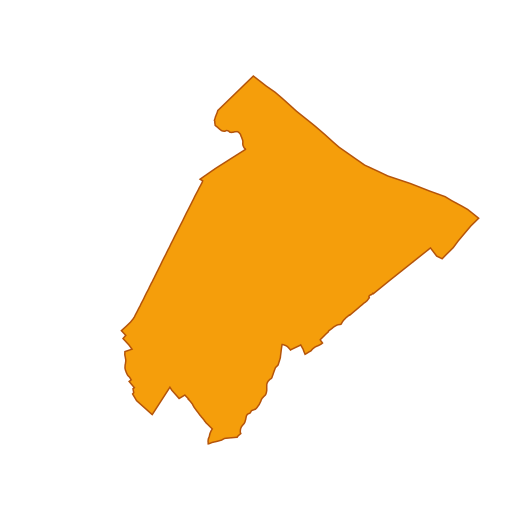 outline of Sabanagrande, Atlántico, Colombia, rotated 316°
{"feature_id": "7082276B21965352685989", "entity_name": "Sabanagrande", "entity_type": "district", "adm_level": 2, "iso_a3": "COL", "parent_name": "Colombia", "parent_adm1": "Atlántico", "projection": "orthographic", "projection_center": [-74.78, 10.803], "detail": "fine", "context": "isolated", "style": "filled", "palette": "amber", "viewbox_px": 512, "rotation_deg": 316, "n_neighbors": 0, "source": "geoboundaries", "source_scale": "gbopen_adm2", "svg_char_len": 6065}
<svg xmlns="http://www.w3.org/2000/svg" viewBox="0 0 512 512"><g transform="rotate(316 256 256)"><path d="M107.3,216.2L107.3,216.3L107.3,217.8L107.2,222.6L103.0,223.0L102.8,231.6L102.1,236.9L95.3,233.7L95.0,234.0L93.3,235.6L92.4,236.8L91.9,237.7L91.1,238.8L90.5,239.8L89.9,240.5L89.0,241.4L88.3,241.9L87.5,242.6L86.7,243.1L85.9,243.7L85.4,244.2L84.7,244.8L83.9,245.6L83.4,246.4L82.8,247.4L82.4,248.4L81.9,249.4L81.6,250.3L81.3,251.0L81.1,251.8L80.9,252.4L80.8,253.3L80.8,253.7L80.8,254.4L80.9,255.2L80.2,258.4L77.6,258.1L77.0,266.2L75.3,266.0L73.1,269.4L71.4,269.5L69.6,277.1L71.1,297.4L71.2,298.0L102.9,290.6L102.2,294.1L101.7,305.1L108.2,306.6L108.2,311.9L107.8,311.9L107.8,312.2L107.8,312.6L107.8,313.5L107.8,314.4L107.7,315.5L107.6,316.5L107.5,317.3L107.4,318.4L107.0,319.5L106.6,321.1L106.4,321.8L106.1,324.1L105.8,326.2L105.6,328.3L105.3,330.3L105.1,331.7L105.1,332.9L104.9,333.9L104.9,335.4L104.8,336.4L104.7,337.5L104.6,338.4L104.4,338.8L104.4,339.1L104.4,339.9L104.2,341.0L104.2,341.8L104.2,342.2L104.3,343.2L104.4,350.1L102.8,350.4L101.5,350.9L100.6,351.3L99.8,351.6L99.0,352.1L98.3,352.5L97.5,353.1L96.9,353.5L96.4,353.7L95.7,354.0L95.1,354.2L94.3,354.7L93.1,355.7L92.6,356.2L91.9,357.1L91.5,357.5L91.1,357.9L91.4,358.2L92.8,358.8L95.0,359.7L96.3,360.5L97.2,361.0L97.9,361.5L99.8,362.6L103.0,364.3L103.3,364.5L105.3,365.0L106.6,365.4L107.6,366.1L109.6,367.7L111.4,369.1L112.1,369.7L114.2,371.4L115.6,372.5L116.5,373.3L116.8,373.2L117.9,373.0L119.2,373.0L120.9,373.1L121.7,373.2L121.9,372.7L122.3,371.9L122.9,371.2L123.4,370.8L123.7,370.5L124.2,370.1L124.9,369.6L125.7,369.2L126.7,368.8L127.3,368.7L128.1,368.5L129.3,368.4L130.3,368.3L130.8,368.3L131.6,368.1L132.3,367.9L133.3,367.4L134.1,366.9L134.9,366.5L136.0,365.7L136.9,365.1L137.8,364.5L138.8,364.1L139.6,364.0L140.2,364.0L141.0,364.2L141.9,364.6L142.6,364.8L143.0,364.8L143.4,364.7L144.2,364.4L145.0,364.2L145.6,364.2L146.2,364.5L147.2,364.9L148.3,365.4L148.7,365.4L149.0,365.8L150.7,365.8L152.2,365.6L153.6,365.3L155.0,365.1L156.9,364.4L158.6,363.8L159.9,363.1L160.9,362.8L161.8,362.6L162.6,362.6L163.8,362.5L165.0,362.5L166.1,362.5L166.6,362.4L167.3,362.1L168.3,361.6L169.2,361.0L170.3,360.2L171.4,359.1L172.4,358.0L173.6,356.8L174.5,355.9L175.1,355.5L175.6,355.2L176.2,355.0L177.2,354.6L177.7,354.5L178.6,354.5L179.4,354.4L180.4,354.4L180.9,354.5L181.3,354.6L181.8,354.7L182.1,354.7L182.7,354.6L183.4,354.3L184.5,353.7L185.8,353.1L187.3,352.3L189.1,351.4L191.2,350.4L192.0,350.0L192.7,349.8L193.5,349.8L195.3,349.8L195.9,349.8L196.4,349.6L196.8,349.4L197.9,348.8L199.8,347.8L201.2,347.0L202.8,346.1L204.1,345.0L205.6,343.8L207.1,342.6L208.8,341.2L210.6,339.8L212.7,338.2L213.3,337.8L213.9,338.5L214.7,340.1L215.2,341.2L215.5,342.2L215.6,342.7L215.7,343.8L215.6,346.7L215.5,347.6L216.5,347.8L218.3,348.4L220.7,349.2L223.3,350.1L225.4,350.8L226.4,351.0L225.9,352.9L225.3,355.1L225.1,355.9L224.4,357.3L223.4,359.8L223.0,360.8L224.1,361.1L225.9,361.5L227.1,361.7L228.4,362.1L228.9,362.2L229.5,362.4L229.9,362.4L230.2,362.4L230.7,362.3L231.8,362.2L232.6,362.2L234.4,362.4L235.6,362.6L237.0,363.1L238.2,363.6L240.0,364.2L240.8,364.4L242.0,364.7L243.4,364.8L243.8,361.7L243.9,361.1L244.1,360.8L246.8,360.8L252.1,360.7L255.5,360.8L255.8,360.5L256.2,360.4L256.7,360.3L257.3,360.5L258.8,360.7L260.3,360.9L262.4,361.0L264.2,361.4L266.1,361.9L267.2,362.4L268.2,363.1L268.9,363.7L269.3,363.9L269.7,364.1L270.3,364.1L271.3,363.7L272.0,363.5L273.4,363.2L275.0,363.0L276.6,363.0L278.1,362.9L279.6,363.1L280.3,363.1L280.8,363.2L281.2,363.2L281.8,363.2L282.3,363.3L282.3,363.7L283.8,363.8L285.4,363.9L287.1,364.0L288.5,364.1L288.9,364.1L291.2,364.3L291.8,364.3L292.7,364.4L295.0,364.5L295.7,364.5L296.7,364.6L298.9,364.8L300.0,364.8L301.3,364.9L302.7,365.2L303.7,365.2L304.7,365.3L305.0,365.3L305.5,365.2L306.6,365.0L307.1,365.0L307.3,364.9L308.0,364.8L308.5,364.8L308.6,364.6L308.5,364.4L309.3,363.4L311.4,363.4L311.7,363.7L312.1,364.0L312.6,364.0L313.4,364.1L314.1,364.0L314.1,364.6L315.0,364.7L335.0,366.4L387.1,371.4L385.9,381.6L388.0,387.3L394.0,387.1L403.7,387.0L412.0,385.6L431.5,383.6L442.4,383.5L440.6,369.5L438.7,363.0L435.2,352.1L433.3,344.8L426.1,330.1L417.4,311.1L406.3,289.8L402.6,279.8L397.3,266.2L395.0,254.4L391.3,235.4L390.6,227.2L389.9,216.6L388.8,204.5L388.2,199.4L385.7,180.1L384.5,162.3L383.5,151.5L381.4,140.9L380.9,137.3L379.1,124.7L378.8,124.7L329.6,124.8L327.4,126.0L326.7,126.3L326.0,126.6L325.3,126.9L324.6,127.3L323.9,127.5L323.2,127.9L321.9,128.7L320.9,129.2L320.2,129.6L320.0,130.3L319.5,131.0L318.9,131.5L318.4,132.3L318.0,132.9L317.4,133.6L317.5,135.1L317.8,136.7L317.8,137.7L317.9,138.6L317.9,139.3L318.2,140.9L318.2,141.6L318.5,142.3L318.9,143.0L319.9,144.3L320.5,144.7L320.6,144.8L321.1,144.9L321.8,145.1L322.4,145.8L322.8,146.5L323.1,147.2L323.2,148.8L324.2,150.1L325.5,151.0L326.1,151.5L326.9,151.7L327.5,152.3L328.1,152.8L328.7,153.3L329.2,154.0L329.4,155.0L329.5,155.7L329.4,156.5L329.4,157.3L329.2,158.0L328.7,159.0L328.3,159.9L328.1,160.6L327.8,161.3L327.4,162.0L327.2,162.7L326.8,163.4L326.4,164.1L325.9,164.7L325.3,165.3L324.7,165.8L324.2,166.4L323.7,167.0L323.1,168.4L322.6,170.0L322.6,170.8L322.8,171.5L322.5,172.0L287.4,164.8L285.7,164.6L284.2,164.3L280.4,163.7L274.9,162.8L271.0,162.2L269.1,161.9L269.2,162.5L269.7,164.2L269.9,164.8L268.8,165.5L265.0,166.8L262.3,167.6L260.2,168.4L255.5,169.9L253.4,170.6L250.5,171.7L248.4,172.4L245.6,173.4L241.0,175.0L238.1,176.0L236.5,176.5L232.9,177.8L228.8,179.3L228.4,179.5L224.5,180.8L217.9,183.1L216.0,183.8L212.6,184.9L210.6,185.6L207.1,186.9L203.5,188.1L199.6,189.6L197.6,190.2L193.7,191.6L192.5,192.1L189.1,193.2L185.1,194.6L180.6,196.3L177.7,197.3L176.1,197.9L175.6,198.1L172.3,199.2L171.2,199.7L170.4,199.9L167.2,201.1L165.9,201.5L163.6,202.4L161.7,202.9L160.2,203.5L158.1,204.2L156.2,205.0L153.8,205.8L151.5,206.5L150.2,207.0L147.9,207.8L145.9,208.6L143.6,209.4L141.4,210.1L139.9,210.6L138.0,211.4L136.2,211.9L134.7,212.4L132.2,213.3L128.2,214.6L125.9,215.5L124.9,215.6L124.5,215.8L122.9,216.0L119.8,216.4L118.9,216.4L117.2,216.4L114.0,216.4L107.3,216.2Z" fill="#f59e0b" stroke="#b45309" stroke-width="1.5"/></g></svg>